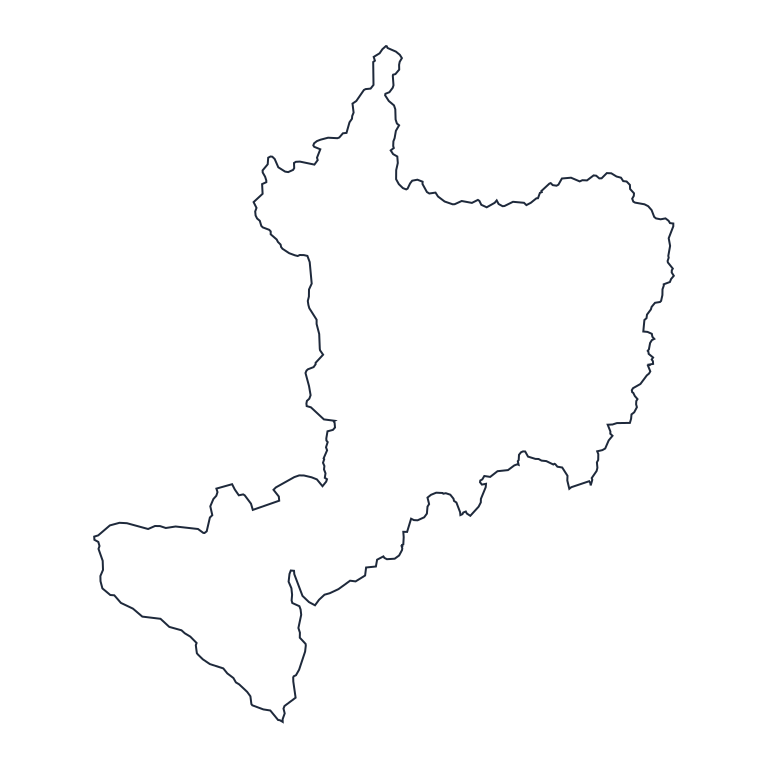 the district of ZAM, Hunedoara, Romania
{"feature_id": "2599482B72694477410374", "entity_name": "ZAM", "entity_type": "district", "adm_level": 2, "iso_a3": "ROU", "parent_name": "Romania", "parent_adm1": "Hunedoara", "projection": "mercator", "projection_center": [22.46, 46.04], "detail": "fine", "context": "isolated", "style": "outline", "palette": "slate", "viewbox_px": 768, "rotation_deg": 0, "n_neighbors": 0, "source": "geoboundaries", "source_scale": "gbopen_adm2", "svg_char_len": 6083}
<svg xmlns="http://www.w3.org/2000/svg" viewBox="0 0 768 768"><path d="M282.7,721.9L282.6,719.3L284.7,713.4L283.5,708.6L284.5,706.0L295.6,697.7L293.3,681.6L293.2,677.4L293.7,676.3L296.0,675.2L299.1,669.7L305.1,651.6L305.8,645.6L305.6,643.9L299.8,637.7L299.9,632.6L298.4,628.0L301.2,614.8L300.6,609.5L299.4,606.2L292.3,603.0L291.6,600.4L292.1,594.8L291.4,588.2L288.6,581.7L289.5,573.9L290.8,570.5L294.0,570.8L294.3,574.2L302.5,595.9L309.0,602.1L315.0,605.3L319.1,599.7L324.5,594.7L329.8,593.2L338.5,589.1L350.1,580.7L355.6,581.4L365.1,575.5L366.1,567.5L375.9,566.5L377.1,559.7L383.4,556.4L384.4,557.9L386.9,559.2L394.7,558.7L399.1,555.5L402.0,550.1L402.3,548.3L401.6,546.1L402.3,546.0L402.1,544.9L403.3,544.4L403.7,537.1L403.3,531.8L407.1,531.9L411.1,518.7L413.9,520.1L417.6,520.3L424.2,517.3L426.9,513.6L427.5,506.6L429.1,504.1L427.5,497.6L431.0,494.8L436.2,492.7L442.6,493.0L443.3,493.7L445.8,493.2L450.3,494.7L453.5,498.7L454.0,500.9L456.4,502.5L460.1,512.2L460.4,515.1L462.4,514.2L463.3,512.5L465.8,511.5L466.8,513.5L470.3,515.8L478.6,506.7L480.8,502.4L480.9,498.9L485.7,487.2L486.0,483.8L481.9,484.6L480.0,482.2L480.3,480.5L482.3,479.4L484.3,476.0L490.2,476.9L497.5,471.2L508.0,470.1L514.3,465.4L517.3,464.3L518.6,464.8L517.8,461.2L518.7,460.1L519.0,454.8L521.0,452.3L523.0,451.4L525.2,451.5L528.0,456.6L535.4,458.9L538.6,459.0L541.5,460.6L546.3,461.1L553.3,464.5L554.4,463.8L555.3,464.2L557.4,466.7L562.2,467.5L567.5,475.8L567.3,480.5L569.3,488.8L571.3,487.2L589.2,481.2L590.3,483.0L590.7,485.4L592.3,479.8L591.7,478.1L596.6,471.0L597.4,467.8L596.9,462.4L598.2,459.9L598.3,454.1L597.2,451.3L602.4,450.1L605.2,448.5L608.7,440.4L612.5,435.8L610.3,433.7L610.4,431.5L607.7,424.7L612.5,424.5L616.8,423.1L629.9,422.9L631.1,418.7L631.5,414.4L634.2,412.3L636.9,407.2L636.1,404.3L636.3,401.0L637.5,399.1L634.8,396.0L633.3,392.9L632.2,392.2L631.8,390.2L633.0,388.2L640.4,384.0L646.8,375.4L649.0,373.6L650.3,371.4L647.9,365.5L649.3,365.1L648.9,364.6L653.1,363.9L652.9,361.2L651.7,359.5L653.1,357.5L648.7,353.9L648.4,351.8L647.7,350.9L648.9,349.4L650.1,343.0L651.9,340.1L654.3,338.9L652.4,336.8L651.8,333.8L647.5,331.9L643.3,331.5L644.4,320.0L646.5,318.2L647.0,314.6L650.9,309.4L651.6,306.9L655.0,302.8L660.0,302.0L661.1,300.9L662.4,295.1L662.5,289.3L663.8,285.6L663.7,284.3L669.9,282.0L671.1,279.0L673.8,275.8L671.7,272.5L671.8,270.3L672.8,268.6L667.9,262.5L667.6,261.0L668.7,257.7L668.3,255.9L670.1,245.9L668.7,238.2L673.3,226.3L673.3,223.5L670.0,223.1L668.6,220.8L665.5,218.4L660.6,219.3L656.0,218.4L654.2,216.9L651.6,210.1L648.2,206.2L644.5,204.3L635.0,202.6L633.3,201.6L632.2,198.7L633.8,195.9L634.0,193.3L630.1,189.0L629.9,184.9L626.6,181.5L623.2,181.1L621.0,177.7L616.5,176.5L611.3,173.3L606.8,173.1L601.6,178.3L599.3,178.4L596.2,175.7L593.6,175.4L587.0,180.4L582.4,180.2L579.7,181.4L571.0,177.7L561.9,178.5L558.4,184.7L556.5,185.7L552.7,185.1L550.7,183.1L549.4,183.6L541.4,191.0L541.8,192.1L539.9,192.9L538.0,198.2L536.4,198.3L530.8,202.8L526.4,205.1L524.0,202.8L513.0,201.8L504.5,206.0L502.6,206.2L498.6,204.0L496.7,200.4L494.7,202.8L486.7,207.3L481.3,204.8L479.4,200.9L477.9,199.9L471.9,202.9L461.7,201.0L454.7,204.2L452.7,204.3L444.6,201.5L438.0,196.5L435.5,192.6L429.3,193.5L426.9,192.0L422.5,184.0L422.6,181.7L417.4,179.7L412.2,180.7L410.1,183.4L407.6,188.6L406.2,189.4L402.9,188.1L398.8,184.1L396.1,179.2L396.2,170.1L397.8,163.0L397.3,156.5L393.1,154.1L390.7,150.4L393.8,148.0L393.2,146.1L393.4,141.3L394.6,138.2L395.9,130.8L399.1,125.3L396.9,123.5L395.6,119.5L395.3,109.3L394.0,105.4L388.8,101.0L385.1,95.3L385.4,93.8L389.4,92.2L392.7,87.8L393.5,85.3L392.8,75.8L393.1,74.7L395.4,74.1L399.2,69.6L399.1,64.8L399.7,61.8L401.9,58.1L399.8,54.8L395.9,51.6L387.6,48.0L386.7,46.2L385.9,46.1L382.4,49.2L379.6,53.3L373.7,56.9L374.9,60.7L373.2,62.0L373.5,84.9L370.6,88.6L365.6,89.1L363.9,90.0L356.3,101.0L352.5,103.6L353.6,112.6L352.2,116.0L352.0,118.7L349.5,122.3L346.5,132.9L342.9,133.3L339.3,137.5L337.4,138.2L328.1,137.7L320.5,139.7L316.9,141.1L314.1,143.3L313.3,145.4L314.2,146.8L320.3,149.3L317.0,157.7L317.7,160.1L314.4,164.6L299.9,161.6L295.9,161.8L294.0,163.0L294.2,168.1L293.1,169.9L288.2,172.1L285.1,171.6L278.3,167.3L274.7,159.0L272.3,156.7L270.5,156.5L268.2,157.7L267.7,164.3L262.6,170.4L262.7,172.5L265.1,176.7L266.3,180.5L266.3,182.2L262.1,184.1L262.6,193.8L253.6,202.1L256.5,207.9L255.2,211.5L255.6,215.5L257.1,218.5L259.8,220.8L261.3,225.9L262.8,227.4L269.2,229.8L270.7,231.4L270.7,234.3L276.7,239.5L277.9,241.9L280.6,244.6L281.1,247.0L282.5,248.8L289.2,253.2L294.9,255.3L297.7,256.0L299.8,255.0L303.9,255.1L307.4,255.9L309.7,262.1L311.7,283.6L309.0,289.5L308.9,296.6L307.8,301.0L308.4,305.0L309.3,308.2L316.6,319.7L316.6,324.0L319.2,334.0L319.8,349.0L320.1,350.4L323.1,354.7L315.6,362.8L315.6,364.3L313.6,367.1L307.9,369.3L306.5,370.6L305.5,373.0L309.0,386.0L310.6,395.2L309.3,398.7L306.9,400.9L306.4,403.6L306.7,406.1L310.9,407.3L323.9,419.4L334.7,420.8L333.7,421.4L334.6,422.8L335.0,427.5L332.9,429.9L327.5,431.3L326.3,438.4L326.4,440.5L327.7,442.1L326.0,447.3L327.1,450.3L323.6,458.4L324.2,459.2L323.0,462.8L324.4,466.0L324.0,469.4L325.5,473.3L324.8,477.8L327.0,479.2L326.2,481.6L322.5,486.2L316.9,479.4L311.6,477.3L304.0,475.5L299.2,475.4L294.3,477.1L275.9,487.4L273.5,489.8L278.8,496.5L279.2,500.7L252.8,509.9L251.0,503.7L244.7,495.3L243.2,494.4L238.8,495.3L234.8,489.5L232.1,484.2L216.4,488.6L217.5,492.1L216.3,495.8L213.4,499.0L210.3,506.3L212.3,515.2L209.9,517.5L206.7,531.3L204.5,533.0L203.3,532.9L198.0,529.0L175.6,526.5L165.8,528.0L160.1,526.1L155.0,526.0L148.1,529.0L126.9,523.2L119.5,522.8L109.9,525.4L98.2,535.4L94.2,536.6L94.4,539.8L98.3,541.9L99.5,546.0L98.5,548.9L102.7,560.8L103.0,569.9L100.4,576.0L100.5,581.2L102.4,588.4L110.3,595.0L114.3,595.3L120.9,602.9L132.9,608.6L142.3,616.6L160.5,618.8L169.3,626.9L181.5,630.3L184.8,633.3L190.3,636.6L196.6,643.0L195.8,645.2L196.5,650.6L196.9,653.3L198.1,654.7L202.8,659.3L209.9,664.1L223.3,668.4L227.3,673.4L233.4,678.0L235.9,682.4L239.1,684.3L247.1,691.8L250.4,696.3L251.4,704.1L252.3,705.3L263.3,709.4L270.3,710.5L278.1,720.0L279.8,720.2L282.7,721.9Z" fill="none" stroke="#1e293b" stroke-width="2"/></svg>